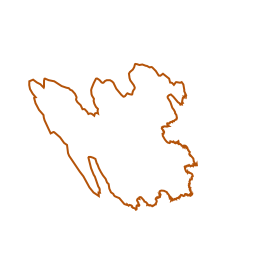 Borgarfjarðarhreppur, Austurland, Iceland, rotated 60°
{"feature_id": "244011B88653491645149", "entity_name": "Borgarfjarðarhreppur", "entity_type": "district", "adm_level": 2, "iso_a3": "ISL", "parent_name": "Iceland", "parent_adm1": "Austurland", "projection": "natural_earth1", "projection_center": [-13.775, 65.462], "detail": "fine", "context": "isolated", "style": "outline", "palette": "amber", "viewbox_px": 256, "rotation_deg": 60, "n_neighbors": 0, "source": "geoboundaries", "source_scale": "gbopen_adm2", "svg_char_len": 5824}
<svg xmlns="http://www.w3.org/2000/svg" viewBox="0 0 256 256"><g transform="rotate(60 128 128)"><path d="M170.0,184.6L168.5,184.2L167.7,183.5L166.0,182.9L163.8,183.0L153.6,181.0L151.4,181.1L144.4,180.1L133.9,177.1L133.5,176.4L134.4,174.8L136.4,173.0L138.5,171.7L143.3,172.8L143.9,172.6L148.2,173.3L152.7,173.5L156.5,173.4L160.8,172.8L164.8,173.4L166.8,172.8L171.2,174.5L175.2,174.9L177.7,173.7L179.5,173.8L180.7,173.4L184.4,170.6L192.0,169.2L193.8,167.7L194.2,167.2L193.8,166.9L195.6,166.3L195.4,165.1L196.8,163.8L198.0,163.5L198.4,163.6L198.5,164.0L199.5,163.7L201.0,162.2L202.7,162.0L202.7,161.5L202.1,161.5L201.9,160.7L200.0,159.8L199.5,159.1L199.7,158.3L200.6,158.0L200.9,157.4L200.7,156.9L199.9,156.6L198.6,156.9L197.6,156.3L196.5,156.5L195.0,156.3L194.1,155.0L194.1,154.5L195.1,153.6L194.0,153.3L193.7,152.7L194.2,151.6L194.8,151.2L198.8,150.4L199.9,150.6L200.9,149.7L202.5,149.2L203.5,149.2L204.0,149.6L204.0,149.1L205.0,149.0L205.0,148.5L206.0,147.9L205.9,147.4L206.3,147.3L207.0,146.4L207.7,146.2L207.6,145.9L208.0,145.4L207.7,144.7L208.0,143.8L207.7,142.9L208.0,142.1L207.2,141.7L207.1,141.2L205.9,139.8L205.0,139.5L203.4,139.6L202.8,138.9L202.5,137.4L204.4,137.1L203.1,137.0L203.3,135.6L203.8,135.2L203.7,134.7L203.1,134.3L202.4,134.6L201.8,134.3L202.2,134.1L202.1,133.3L200.7,133.5L201.0,133.1L199.8,133.0L198.8,132.4L198.6,131.5L198.9,130.3L200.4,128.2L202.9,126.5L203.9,126.4L204.5,126.7L205.3,126.2L206.5,126.1L208.5,126.6L208.2,125.9L209.1,125.6L209.6,125.7L209.9,126.2L210.3,125.9L210.5,126.4L210.8,125.9L211.4,126.0L211.7,126.7L211.7,126.2L212.4,126.8L212.3,126.2L212.9,126.7L212.4,125.6L212.9,125.4L212.8,125.1L212.1,124.8L212.6,124.6L213.3,124.8L213.0,124.5L213.1,123.9L213.6,124.2L212.8,123.1L213.8,122.0L213.2,121.8L213.2,120.9L213.5,119.4L214.1,119.1L213.4,118.6L213.2,118.0L213.7,117.6L213.1,117.1L212.8,116.5L213.0,116.0L212.5,115.5L213.3,114.6L214.6,114.1L214.9,112.9L214.1,112.1L213.8,111.4L214.1,111.0L214.9,110.8L214.7,110.3L215.3,109.8L216.5,109.8L216.6,109.2L216.4,108.1L216.9,108.7L217.7,108.0L217.0,107.1L217.2,106.7L217.8,106.8L217.6,105.7L217.0,105.2L216.8,105.5L216.9,106.0L216.4,106.0L215.5,105.2L215.2,105.6L212.9,105.4L212.9,104.9L211.8,105.1L211.4,104.6L210.9,104.6L210.9,104.2L210.2,104.6L210.0,104.2L209.4,104.4L208.0,104.0L208.0,103.3L207.2,103.1L207.4,102.8L207.1,102.3L205.0,101.5L204.5,100.6L203.6,99.9L204.4,98.5L203.6,97.8L202.6,97.7L202.1,96.8L202.2,96.1L201.9,95.9L200.0,95.6L199.3,95.8L197.7,96.9L197.5,97.4L196.8,97.3L196.1,98.2L196.3,98.6L195.7,98.4L195.9,98.7L195.6,99.0L194.8,99.4L192.0,99.0L190.3,98.4L190.5,98.1L190.1,97.9L190.5,97.5L190.1,96.8L190.5,96.5L190.2,96.2L190.4,95.5L190.2,95.3L190.4,94.8L190.9,94.6L190.6,93.6L192.4,93.1L192.2,92.0L192.7,91.7L192.9,91.1L192.8,90.7L193.5,90.6L193.1,90.0L192.1,89.5L192.5,89.2L192.3,88.7L193.3,88.6L193.2,88.4L194.0,87.7L193.3,87.2L192.1,87.7L190.0,87.8L187.1,86.7L182.9,87.5L183.0,87.9L181.7,88.1L181.1,87.9L179.7,86.5L178.3,86.9L177.6,86.7L177.0,87.0L174.6,86.5L174.5,87.5L172.9,86.8L172.7,86.9L173.2,87.6L172.2,87.8L172.0,88.3L171.8,87.6L171.6,87.7L171.6,88.1L172.4,88.8L171.5,88.9L171.9,89.6L171.0,89.4L170.2,90.4L169.4,90.3L167.9,90.9L167.4,92.1L166.6,92.2L165.5,91.6L165.6,91.3L164.6,91.0L164.7,91.7L165.8,91.9L165.5,92.2L166.1,91.9L166.5,92.2L165.9,92.1L165.8,92.5L165.1,92.3L165.7,92.6L165.7,93.0L164.5,93.3L164.3,94.0L164.8,94.2L164.9,94.6L164.2,95.1L162.8,95.3L162.8,95.7L162.4,95.7L162.5,96.4L160.7,98.0L161.8,99.1L161.8,99.6L160.4,100.9L159.0,101.4L156.4,101.8L152.3,101.8L150.4,101.0L150.8,100.3L149.7,99.4L149.9,99.0L149.2,98.6L148.1,98.6L147.8,98.9L147.5,98.6L145.9,99.0L145.1,98.9L144.6,98.0L145.8,98.0L144.5,98.0L144.8,96.8L144.6,95.9L146.1,93.8L146.0,93.2L146.3,93.0L146.1,92.8L146.7,91.7L145.2,92.3L143.9,92.0L143.6,91.6L144.8,89.9L144.7,89.4L144.2,89.1L144.1,88.4L144.4,87.1L145.0,86.7L144.5,86.3L144.4,85.7L145.1,84.7L144.7,84.2L144.6,83.0L144.8,81.8L144.2,81.4L144.3,81.2L143.8,80.6L140.9,79.6L138.8,79.8L137.8,79.3L135.2,79.2L132.6,79.5L126.6,78.3L121.7,78.5L120.8,78.1L120.4,77.5L120.1,75.9L120.4,74.1L123.6,73.1L130.5,71.9L132.4,71.0L134.0,71.0L134.2,70.3L133.9,69.9L134.4,69.5L133.3,69.1L133.1,68.6L133.5,68.0L132.1,67.9L129.4,65.5L129.6,64.5L128.8,64.2L129.3,63.9L128.8,63.8L128.8,62.4L128.0,61.9L129.3,61.9L128.7,61.5L129.5,61.4L124.3,60.9L122.9,60.1L118.0,58.3L115.1,58.6L114.9,60.2L112.5,63.1L112.3,63.7L113.6,66.7L111.2,67.2L110.4,67.8L109.7,68.8L105.8,67.7L98.5,70.6L98.9,73.8L97.9,75.2L92.6,75.4L87.6,76.7L86.8,77.4L86.3,79.0L83.7,80.6L83.0,81.5L80.2,83.8L79.1,86.7L77.2,88.3L76.2,89.6L76.3,90.1L78.4,92.2L79.8,94.6L80.5,98.4L81.4,100.0L85.5,101.7L87.9,102.2L93.8,101.6L96.3,101.9L97.3,102.7L98.1,104.6L99.0,105.8L101.0,107.6L100.9,108.1L99.3,110.0L97.7,111.1L97.7,111.7L98.9,114.6L98.9,115.5L98.6,116.3L95.9,117.2L88.1,118.5L81.5,118.0L79.5,118.6L77.6,119.7L76.0,122.4L75.8,124.3L76.5,126.6L76.2,127.4L75.3,128.1L72.5,128.6L70.9,129.3L69.6,130.1L69.3,131.1L71.9,135.1L75.3,139.5L76.8,141.0L80.5,142.7L82.1,143.0L85.7,142.9L87.3,144.2L90.1,145.0L93.7,145.2L96.5,144.5L98.1,145.9L100.4,146.7L99.6,147.1L98.9,148.9L99.0,149.5L100.5,151.1L97.8,152.2L96.8,153.0L96.3,154.0L96.1,155.3L93.6,155.3L90.4,156.0L89.6,156.6L89.0,158.0L84.6,157.6L80.3,158.9L78.0,158.9L77.1,158.6L76.0,157.4L75.3,157.1L71.9,156.8L67.6,157.7L66.0,158.9L63.9,159.4L62.3,161.2L58.5,164.5L50.7,168.5L46.9,172.8L43.7,175.2L43.6,175.7L45.1,177.1L50.4,180.2L50.9,180.8L46.3,182.0L43.1,184.1L38.7,186.0L38.2,190.1L41.5,192.1L45.3,193.4L50.6,193.4L55.2,192.6L54.8,193.8L55.0,194.3L60.3,195.7L67.9,196.0L74.5,194.7L76.9,195.7L79.6,196.4L94.0,197.7L94.2,194.6L94.8,194.0L102.1,191.5L109.0,190.8L112.2,189.3L119.8,192.5L122.7,192.9L141.6,191.6L147.6,190.8L160.2,191.1L166.6,190.1L172.3,187.3L169.2,185.8L170.0,184.6ZM194.4,87.6L194.7,87.0L193.5,86.5L194.0,87.2L194.4,87.6Z" fill="none" stroke="#b45309" stroke-width="2"/></g></svg>